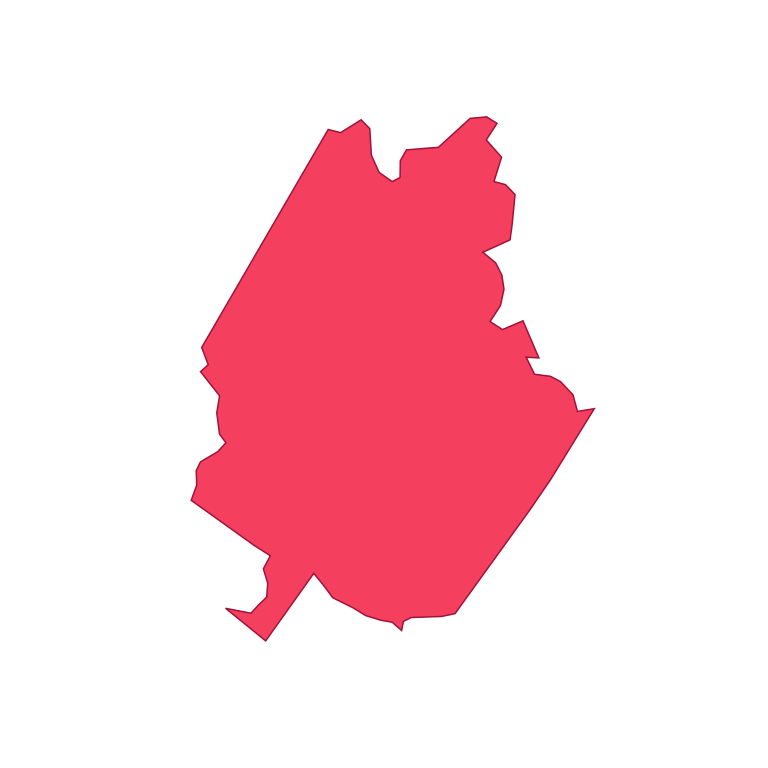 outline of Fagundes Varela, Rio Grande do Sul, Brazil, rotated 125°
{"feature_id": "56859067B34338588970082", "entity_name": "Fagundes Varela", "entity_type": "district", "adm_level": 2, "iso_a3": "BRA", "parent_name": "Brazil", "parent_adm1": "Rio Grande do Sul", "projection": "equal_earth", "projection_center": [-51.72, -28.886], "detail": "fine", "context": "isolated", "style": "filled", "palette": "rose", "viewbox_px": 768, "rotation_deg": 125, "n_neighbors": 0, "source": "geoboundaries", "source_scale": "gbopen_adm2", "svg_char_len": 1047}
<svg xmlns="http://www.w3.org/2000/svg" viewBox="0 0 768 768"><g transform="rotate(125 384 384)"><path d="M458.6,554.3L469.0,539.1L479.1,541.4L488.0,511.9L503.5,504.5L519.4,490.0L522.8,479.8L534.9,481.4L553.1,489.7L562.7,488.1L574.3,479.4L589.9,475.2L590.7,397.5L589.9,378.6L604.6,376.8L613.9,365.0L625.8,357.9L637.9,360.2L648.1,361.5L658.6,385.1L662.3,333.6L579.4,332.9L583.7,317.7L588.5,303.4L585.1,281.1L584.2,266.1L579.4,251.3L574.5,240.7L575.8,228.2L567.3,231.9L559.7,227.8L541.5,203.6L531.4,194.1L402.8,192.3L367.4,192.7L283.6,197.6L295.5,209.8L284.5,222.9L280.8,240.7L282.2,252.0L289.7,266.3L280.5,282.9L273.8,272.1L252.5,306.4L271.5,318.2L272.0,332.9L252.9,333.6L237.5,340.1L227.3,349.8L220.7,362.0L219.4,378.6L193.6,363.4L179.3,370.8L153.7,385.3L151.0,398.7L155.1,410.0L130.8,417.8L125.4,440.2L105.7,440.9L106.3,453.1L117.0,465.8L158.9,475.2L179.3,499.9L191.8,498.7L205.6,489.3L213.5,493.4L213.5,509.3L203.9,525.5L183.0,542.1L180.7,554.3L203.0,563.7L207.5,575.7L458.6,554.3Z" fill="#f43f5e" stroke="#9f1239" stroke-width="1.5"/></g></svg>